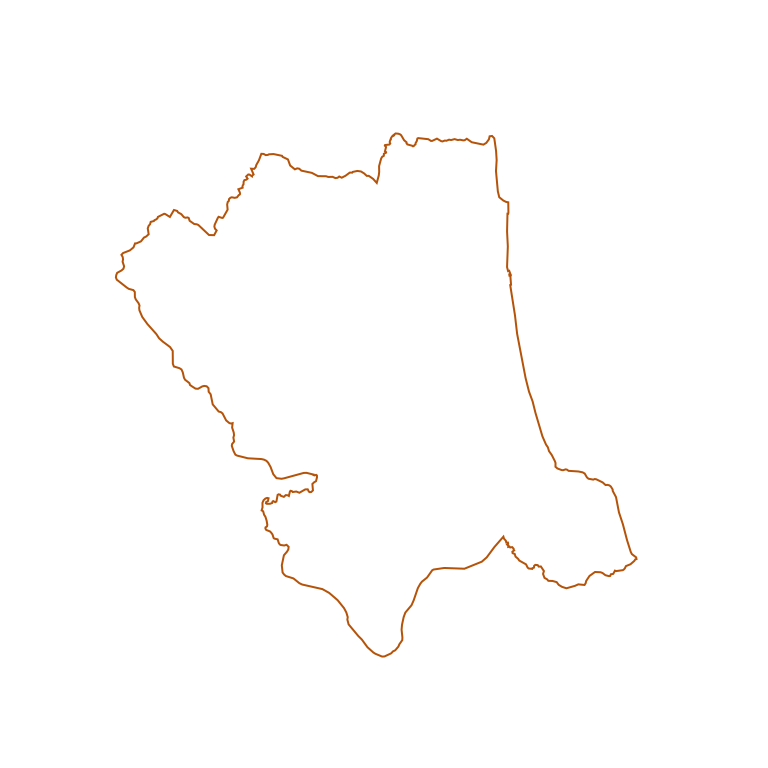 the district of San Juan De Urabá, Antioquia, Colombia, rotated 103°
{"feature_id": "7082276B41471862384078", "entity_name": "San Juan De Urabá", "entity_type": "district", "adm_level": 2, "iso_a3": "COL", "parent_name": "Colombia", "parent_adm1": "Antioquia", "projection": "orthographic", "projection_center": [-76.53, 8.711], "detail": "fine", "context": "isolated", "style": "outline", "palette": "amber", "viewbox_px": 768, "rotation_deg": 103, "n_neighbors": 0, "source": "geoboundaries", "source_scale": "gbopen_adm2", "svg_char_len": 6163}
<svg xmlns="http://www.w3.org/2000/svg" viewBox="0 0 768 768"><g transform="rotate(103 384 384)"><path d="M291.0,647.0L293.8,648.9L295.3,650.8L299.7,652.9L302.7,656.9L303.0,658.2L307.2,658.8L311.0,661.7L315.1,667.7L317.2,668.9L319.0,667.2L321.3,666.3L323.7,666.2L327.8,663.7L330.3,663.8L332.4,665.3L335.7,669.0L338.1,669.4L340.5,669.2L342.5,667.8L347.8,656.5L348.7,654.2L348.9,649.3L350.4,647.5L355.3,646.3L357.4,644.9L360.5,641.3L362.5,639.9L364.9,639.7L367.2,638.9L373.1,634.6L378.9,627.9L386.6,617.0L390.0,613.5L392.5,609.0L396.1,600.8L399.3,597.3L411.8,594.3L414.2,592.7L414.6,586.9L415.4,584.6L417.9,582.7L422.9,580.3L424.6,578.8L426.9,573.8L428.6,572.8L429.6,570.3L430.9,566.6L430.5,564.1L427.2,560.5L426.3,558.7L426.1,556.3L427.5,554.1L431.0,553.1L433.0,550.6L442.4,546.3L448.0,538.9L448.1,536.6L449.0,534.7L455.0,529.6L456.9,525.8L456.9,524.0L456.2,522.7L460.6,522.2L465.1,519.5L467.6,518.6L470.1,518.7L473.8,517.1L476.6,518.5L478.5,518.4L483.2,515.5L486.3,512.9L486.8,511.0L487.0,499.9L484.7,486.5L484.7,483.9L485.3,481.3L486.7,479.2L490.3,475.9L496.8,471.6L499.9,467.6L499.4,462.5L498.4,460.2L488.7,442.2L488.0,439.6L488.1,432.2L488.6,432.2L488.7,431.2L487.8,429.7L488.2,428.8L490.0,428.3L494.0,428.4L495.4,429.9L497.5,431.3L503.7,429.3L505.6,430.6L506.1,432.0L505.7,433.1L503.8,434.6L504.4,437.0L509.0,442.0L508.5,445.3L509.8,448.7L509.1,449.7L509.1,451.1L510.1,451.5L514.5,451.5L514.1,452.8L514.4,454.8L516.5,456.2L516.1,459.6L515.2,460.3L515.2,461.9L516.0,462.7L522.7,462.4L523.6,463.4L523.0,465.6L523.6,466.2L525.1,466.2L526.3,468.0L527.1,471.2L526.8,472.2L525.4,472.2L524.3,470.8L521.3,470.8L521.3,472.3L522.3,473.8L524.4,475.2L527.1,475.7L531.5,474.6L534.7,474.8L535.2,473.1L538.4,471.4L540.0,469.7L543.6,467.6L547.5,466.0L549.1,466.0L550.4,467.2L551.6,467.0L552.7,465.9L553.3,461.9L554.3,460.4L555.7,458.8L558.9,456.9L559.3,456.1L559.3,452.7L562.7,450.7L563.8,449.4L564.1,448.5L563.8,444.9L562.6,442.8L564.1,440.3L566.6,440.0L569.0,440.7L573.4,443.0L583.6,442.8L590.5,440.4L592.1,438.5L593.2,436.4L593.8,428.5L597.1,421.7L597.8,418.6L597.7,397.9L599.9,390.4L605.1,380.5L611.4,372.5L615.1,369.3L619.3,366.9L621.8,366.7L626.2,364.4L635.3,352.4L637.9,348.2L644.2,340.9L648.0,334.0L648.8,331.7L650.0,324.6L649.4,322.3L644.8,316.4L642.5,315.1L641.0,313.2L636.6,310.9L634.2,310.5L629.5,308.6L627.0,309.0L619.4,311.6L614.4,312.3L606.8,312.4L601.9,311.8L593.3,307.4L588.0,306.4L575.3,305.1L570.5,303.7L568.1,302.6L562.9,298.5L554.6,295.1L553.6,293.9L549.7,283.9L545.9,264.1L535.1,248.7L529.8,244.9L517.9,239.7L505.9,233.3L507.7,232.3L509.3,230.0L511.0,229.2L510.6,227.6L511.8,227.1L512.8,227.9L513.5,226.5L514.8,226.3L514.2,225.1L514.9,224.3L514.1,222.4L515.4,220.6L516.4,220.4L516.8,219.8L518.6,221.2L519.9,220.6L520.2,218.4L522.6,217.0L524.1,214.1L525.6,212.5L527.8,205.0L530.5,202.8L531.2,201.6L530.8,198.0L530.1,198.0L529.2,196.6L527.4,196.8L526.2,195.9L525.9,193.5L527.1,192.2L526.5,190.1L530.3,186.1L533.3,186.3L536.8,184.0L537.6,181.2L538.8,179.6L538.0,175.5L538.2,171.2L540.4,168.6L541.6,164.9L542.0,160.3L537.7,152.5L535.5,149.6L534.7,143.4L532.7,142.7L530.4,142.7L524.8,140.6L519.7,136.1L518.7,130.6L519.0,128.6L520.5,125.2L520.6,121.5L520.1,120.4L518.4,120.2L517.4,117.9L513.9,117.0L514.1,115.8L511.7,109.5L511.1,108.8L509.6,107.9L507.0,107.3L504.2,103.3L500.2,100.4L498.4,99.7L497.8,98.6L496.2,99.3L494.0,104.2L492.1,105.8L481.4,112.1L466.9,119.7L456.2,126.2L442.0,132.5L436.7,137.1L435.3,137.5L432.8,140.0L432.1,141.6L432.0,143.5L432.6,145.4L430.7,148.8L429.1,155.7L429.2,157.3L430.1,158.6L430.3,163.5L429.3,165.3L426.1,168.3L425.4,170.6L425.5,174.9L427.1,184.7L426.3,186.4L426.3,187.8L427.7,190.1L427.9,191.5L427.3,196.0L426.1,198.3L422.4,199.1L420.8,200.1L415.4,204.6L412.3,208.1L408.8,210.1L406.6,212.5L399.3,217.9L378.1,229.9L367.5,235.3L358.8,241.0L346.3,247.4L305.1,265.6L287.7,271.8L258.4,283.6L258.8,283.3L258.6,282.6L250.9,285.0L250.0,284.9L250.3,286.1L249.0,286.6L248.5,285.5L245.5,287.5L246.1,288.5L242.4,290.4L222.1,294.3L207.7,298.4L190.3,302.0L190.2,301.3L189.1,301.3L179.0,303.8L179.1,306.1L178.4,309.0L176.1,313.7L170.7,316.4L151.3,322.8L140.5,324.6L131.5,327.3L119.8,331.8L118.0,334.5L118.9,336.8L122.0,336.8L126.1,338.6L128.4,341.0L128.7,352.9L126.4,358.5L128.3,360.2L128.8,361.5L128.9,364.9L129.7,366.9L129.5,370.3L131.2,373.5L131.3,375.6L132.9,377.8L133.1,379.5L134.5,381.6L134.5,383.0L133.0,387.6L136.2,391.6L136.6,392.9L135.5,395.9L136.7,406.0L137.3,406.7L139.9,406.7L142.2,407.4L143.5,407.2L144.3,408.0L145.6,408.6L145.9,409.4L145.5,410.1L145.3,415.1L144.4,416.2L143.4,416.4L142.0,419.2L137.7,423.3L137.1,424.6L136.9,426.4L137.3,429.1L138.4,430.0L139.1,430.0L139.3,430.7L140.1,430.6L140.4,431.5L141.1,431.9L143.2,432.6L144.3,432.3L144.9,432.8L147.0,432.9L148.3,432.0L149.5,432.7L150.9,436.7L151.6,436.8L152.6,435.3L157.1,435.4L157.6,434.1L158.1,434.0L159.7,435.9L161.7,435.5L163.0,436.9L165.0,437.5L172.8,437.8L178.4,436.4L182.0,436.0L189.7,436.3L186.6,440.7L184.6,445.7L185.1,447.6L183.3,450.7L182.1,454.2L182.4,457.9L184.4,462.2L185.2,462.5L185.7,464.9L189.7,468.3L192.5,471.6L191.9,474.3L193.5,475.6L194.3,477.7L193.7,480.7L194.8,484.9L194.6,487.2L196.3,495.1L194.5,501.8L194.7,512.5L193.3,515.0L193.4,517.1L194.9,519.1L192.2,524.6L186.8,528.1L185.5,533.9L184.6,534.7L184.8,543.4L186.1,547.8L186.9,548.7L187.6,550.7L186.9,553.0L187.3,555.3L194.2,556.2L199.3,557.7L201.7,557.8L203.6,558.9L204.1,561.9L209.2,558.2L210.5,559.3L211.4,559.3L210.2,562.2L210.4,563.4L212.8,565.0L214.6,563.1L215.8,564.0L216.8,565.9L218.4,566.3L221.2,565.8L222.1,566.3L223.8,566.3L224.5,565.9L227.0,569.7L229.7,567.6L231.1,567.0L231.9,567.2L232.7,568.1L235.2,569.2L236.2,571.4L236.3,574.3L237.1,575.6L238.7,576.6L240.6,576.4L241.7,577.2L244.4,577.2L249.3,575.6L258.1,578.2L258.6,579.0L258.3,582.8L259.6,583.3L266.8,584.8L268.8,584.7L270.7,583.6L272.0,581.6L277.2,583.0L278.2,588.0L270.8,600.7L270.5,602.4L270.8,604.9L268.7,610.1L266.2,611.6L265.9,612.8L266.7,615.0L266.4,616.6L264.1,619.7L263.1,623.3L261.9,624.5L261.7,627.8L269.4,630.2L267.6,635.4L267.6,636.5L272.1,641.9L273.5,642.0L274.8,642.9L276.0,644.5L277.0,644.9L278.5,647.8L281.0,647.9L282.8,648.9L285.5,649.2L291.0,647.0Z" fill="none" stroke="#b45309" stroke-width="2"/></g></svg>